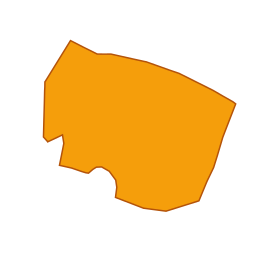 the district of Ad Du'ayn, Eastern Darfur, Sudan, rotated 21°
{"feature_id": "16777658B96658977374271", "entity_name": "Ad Du'ayn", "entity_type": "district", "adm_level": 2, "iso_a3": "SDN", "parent_name": "Sudan", "parent_adm1": "Eastern Darfur", "projection": "mercator", "projection_center": [26.189, 11.412], "detail": "fine", "context": "isolated", "style": "filled", "palette": "amber", "viewbox_px": 256, "rotation_deg": 21, "n_neighbors": 0, "source": "geoboundaries", "source_scale": "gbopen_adm2", "svg_char_len": 835}
<svg xmlns="http://www.w3.org/2000/svg" viewBox="0 0 256 256"><g transform="rotate(21 128 128)"><path d="M220.8,151.2L220.9,148.8L222.1,134.3L221.3,121.6L219.8,102.7L219.8,93.7L219.9,66.9L217.2,66.1L216.9,66.0L206.5,64.4L205.0,64.2L193.9,62.4L157.0,58.8L156.3,58.7L145.8,59.1L132.6,59.4L121.3,59.7L118.5,60.2L118.3,60.2L107.2,61.9L86.9,64.9L85.6,65.1L79.0,67.7L72.7,70.0L57.0,68.5L43.0,67.0L34.1,114.0L33.9,114.7L35.7,119.6L36.8,123.0L40.8,134.2L52.3,166.7L57.0,169.1L57.9,169.6L58.0,169.7L69.3,157.9L73.6,165.4L74.2,168.8L74.6,171.0L74.7,171.6L77.4,187.4L89.6,185.6L100.6,185.2L104.8,184.9L107.3,184.3L110.1,179.1L112.5,175.9L117.1,173.9L117.4,173.8L126.0,175.1L135.2,181.0L138.8,187.4L141.2,197.3L163.4,197.3L170.2,197.3L171.3,197.3L193.3,192.0L220.3,170.6L220.8,151.2Z" fill="#f59e0b" stroke="#b45309" stroke-width="1.5"/></g></svg>